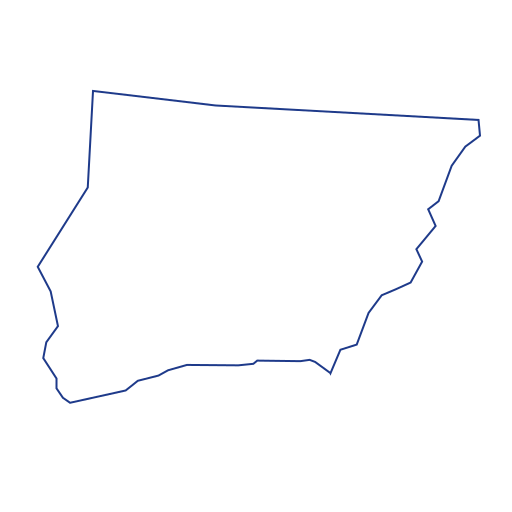 the district of Washington, North Carolina, United States of America, rotated 183°
{"feature_id": "52423323B84884093129235", "entity_name": "Washington", "entity_type": "district", "adm_level": 2, "iso_a3": "USA", "parent_name": "United States of America", "parent_adm1": "North Carolina", "projection": "natural_earth1", "projection_center": [-76.611, 35.841], "detail": "fine", "context": "isolated", "style": "outline", "palette": "blue", "viewbox_px": 512, "rotation_deg": 183, "n_neighbors": 0, "source": "geoboundaries", "source_scale": "gbopen_adm2", "svg_char_len": 683}
<svg xmlns="http://www.w3.org/2000/svg" viewBox="0 0 512 512"><g transform="rotate(183 256 256)"><path d="M38.6,387.9L40.9,403.5L222.9,404.0L223.4,404.0L224.4,404.0L304.3,404.2L427.4,412.3L427.6,315.6L473.4,233.8L459.2,209.9L450.1,175.6L460.9,158.9L463.1,142.9L448.8,123.2L448.3,113.4L441.4,104.3L434.0,99.7L379.1,114.9L367.5,125.2L347.1,131.5L337.8,137.3L319.3,143.6L267.9,145.9L253.0,148.2L249.3,151.6L206.2,153.3L197.0,155.1L191.4,153.3L175.6,143.0L175.5,142.8L166.8,166.8L150.8,172.8L140.6,205.1L128.4,223.4L115.0,229.9L100.2,237.6L89.8,259.1L96.2,271.2L78.2,295.4L86.5,311.7L76.5,320.3L65.3,356.4L52.7,376.2L38.6,387.9Z" fill="none" stroke="#1e3a8a" stroke-width="2"/></g></svg>